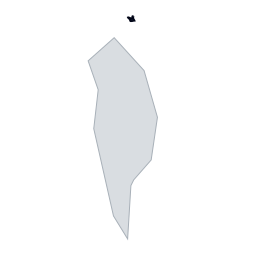 Ngerkesowaol, Palau shown in context, rotated 158°
{"feature_id": "81905179B86075584623295", "entity_name": "Ngerkesowaol", "entity_type": "district", "adm_level": 2, "iso_a3": "PLW", "parent_name": "Palau", "parent_adm1": "", "projection": "albers", "projection_center": [134.492, 7.341], "detail": "fine", "context": "in_parent", "style": "filled", "palette": "ink", "viewbox_px": 256, "rotation_deg": 158, "n_neighbors": 0, "source": "geoboundaries", "source_scale": "gbopen_adm2", "svg_char_len": 1415}
<svg xmlns="http://www.w3.org/2000/svg" viewBox="0 0 256 256"><g transform="rotate(158 128 128)"><path d="M139.8,205.2L107.0,216.9L91.6,175.2L96.7,126.9L118.5,89.7L142.1,77.8L146.9,73.5L169.9,25.3L174.4,51.9L160.0,140.2L141.3,174.6L139.8,205.2Z" fill="#d9dde1" stroke="#a8b0b8" stroke-width="1"/><path d="M81.6,224.9L81.6,225.1L81.6,225.5L81.7,225.9L81.8,226.4L81.8,226.8L81.9,227.3L81.9,227.8L81.8,228.0L82.0,227.9L81.9,228.0L81.8,228.3L81.9,228.5L81.9,229.0L81.8,229.5L81.7,229.6L81.7,229.8L81.6,230.0L81.8,230.1L82.1,230.1L82.3,229.9L82.4,229.7L82.5,229.3L82.5,229.2L82.4,229.1L82.5,229.0L82.4,228.9L82.5,228.8L82.8,228.8L82.9,228.7L83.0,228.6L83.2,228.4L83.2,228.2L83.3,228.3L83.3,228.5L83.7,228.7L83.8,228.7L84.0,228.8L84.3,228.8L84.3,228.7L84.4,228.4L84.5,228.3L84.4,228.3L84.4,228.2L84.5,228.1L84.8,228.1L84.8,228.3L84.6,228.3L84.4,228.6L84.4,228.8L84.5,228.8L84.5,229.0L84.7,229.3L84.8,229.4L85.0,229.3L85.0,229.5L85.3,229.7L85.3,229.8L85.4,230.0L85.5,230.1L85.8,230.3L86.0,230.5L86.4,230.5L86.5,230.7L86.8,230.7L86.8,230.3L86.7,230.0L86.6,229.7L86.2,229.2L86.1,228.6L86.0,228.3L85.9,228.1L85.9,227.8L85.9,227.3L85.6,227.2L85.4,227.0L85.3,226.8L85.3,226.5L85.4,226.4L85.5,226.3L85.8,226.2L85.7,226.0L85.4,225.9L85.0,225.7L84.8,225.7L84.3,225.5L84.2,225.5L84.0,225.4L83.7,225.4L83.4,225.3L83.1,225.3L82.7,225.2L82.2,225.0L81.9,225.0L81.6,224.9Z" fill="#0f172a" stroke="#020617" stroke-width="1.5"/></g></svg>